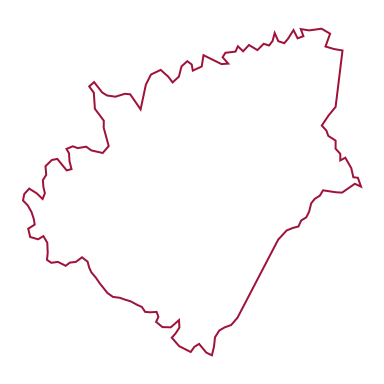 the district of Tunas, Rio Grande do Sul, Brazil
{"feature_id": "56859067B9883944354981", "entity_name": "Tunas", "entity_type": "district", "adm_level": 2, "iso_a3": "BRA", "parent_name": "Brazil", "parent_adm1": "Rio Grande do Sul", "projection": "albers", "projection_center": [-52.904, -29.12], "detail": "fine", "context": "isolated", "style": "outline", "palette": "rose", "viewbox_px": 384, "rotation_deg": 0, "n_neighbors": 0, "source": "geoboundaries", "source_scale": "gbopen_adm2", "svg_char_len": 1906}
<svg xmlns="http://www.w3.org/2000/svg" viewBox="0 0 384 384"><path d="M156.1,321.9L162.5,327.1L170.8,327.3L179.0,320.1L179.4,327.6L175.6,333.4L171.8,337.7L179.2,346.2L190.7,352.0L194.4,346.8L199.1,343.9L206.3,352.6L211.9,355.3L214.0,346.6L215.0,337.3L219.3,330.5L224.8,327.3L231.2,325.0L237.5,317.7L278.2,239.6L286.6,230.5L292.9,227.9L298.4,226.5L301.2,220.5L306.3,217.3L309.1,211.7L311.2,203.3L314.7,198.9L319.8,195.7L323.1,190.3L328.1,191.1L336.2,192.3L342.1,192.6L354.8,183.8L361.0,186.6L357.9,177.8L353.3,177.2L351.3,168.2L345.3,157.7L340.3,160.4L340.3,153.9L335.6,148.7L335.6,140.6L328.3,135.9L326.4,130.6L321.8,125.5L328.7,115.3L335.6,106.9L342.5,50.5L333.9,49.0L325.5,46.5L330.1,33.7L321.6,28.7L309.2,30.4L300.8,29.1L303.4,36.2L297.6,38.3L293.5,30.1L288.0,38.8L284.3,43.2L278.3,41.2L274.7,33.0L272.6,40.9L269.1,45.5L263.7,43.8L257.4,50.1L249.0,45.0L243.1,51.3L237.9,46.3L235.5,51.6L225.4,52.8L222.6,57.2L228.2,63.6L221.5,64.1L203.5,55.2L201.7,66.5L192.8,70.6L191.7,64.5L187.3,61.2L181.5,66.4L178.9,76.6L172.6,82.4L168.2,76.6L160.7,69.9L151.0,74.5L145.9,84.5L140.6,109.4L130.2,94.3L124.9,93.8L115.4,96.7L107.1,95.5L102.2,92.5L94.1,82.1L89.2,86.4L93.8,92.7L94.9,108.8L103.8,120.7L103.7,127.7L108.7,146.1L102.7,153.0L91.3,150.4L86.2,146.7L77.7,148.1L72.8,146.3L66.5,148.9L69.0,153.3L69.5,161.2L71.5,169.1L66.7,170.4L57.3,158.9L51.8,160.0L45.5,166.2L46.2,174.9L42.9,180.1L43.4,187.1L44.9,193.2L42.6,199.0L36.8,193.4L29.2,188.6L24.3,194.0L23.0,200.5L27.7,205.3L31.5,212.0L33.8,219.0L34.7,224.6L28.2,228.7L30.2,237.0L38.1,239.3L43.4,236.1L47.3,242.8L47.7,252.6L47.0,259.9L51.4,262.8L57.9,261.9L65.7,265.8L69.9,262.6L75.9,261.9L82.0,257.3L87.6,261.7L89.1,267.4L91.4,272.4L95.8,277.6L99.8,283.4L103.8,288.4L107.4,293.0L113.0,296.9L119.8,297.8L124.3,299.4L130.8,301.4L137.4,305.0L141.8,306.9L145.2,311.9L150.3,312.3L156.6,311.9L158.4,316.9L156.1,321.9Z" fill="none" stroke="#9f1239" stroke-width="2"/></svg>